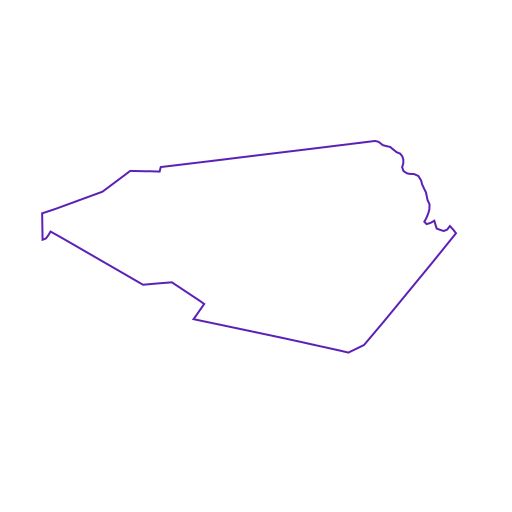 Cabeceiras do Piauí, Piauí, Brazil, rotated 341°
{"feature_id": "56859067B86775361644795", "entity_name": "Cabeceiras do Piauí", "entity_type": "district", "adm_level": 2, "iso_a3": "BRA", "parent_name": "Brazil", "parent_adm1": "Piauí", "projection": "natural_earth1", "projection_center": [-42.282, -4.443], "detail": "fine", "context": "isolated", "style": "outline", "palette": "violet", "viewbox_px": 512, "rotation_deg": 341, "n_neighbors": 0, "source": "geoboundaries", "source_scale": "gbopen_adm2", "svg_char_len": 998}
<svg xmlns="http://www.w3.org/2000/svg" viewBox="0 0 512 512"><g transform="rotate(341 256 256)"><path d="M67.7,146.0L59.5,171.1L63.1,171.0L66.5,168.7L69.7,166.0L76.8,173.9L139.8,246.4L152.8,249.6L167.9,253.5L188.4,280.3L191.4,284.5L176.4,295.4L256.4,343.3L305.9,373.6L311.9,377.4L329.2,375.3L355.5,359.6L421.4,319.1L452.5,299.6L451.1,295.4L449.1,290.8L445.3,293.3L441.7,293.5L439.1,291.6L435.8,288.9L435.9,284.4L436.1,280.7L431.9,281.5L427.7,281.4L426.3,278.4L428.9,276.1L432.3,272.4L435.2,268.2L436.9,263.5L436.4,259.2L436.8,255.9L437.4,251.3L436.8,246.6L436.4,242.5L436.7,238.2L435.5,233.1L432.0,229.9L428.2,228.5L425.6,226.9L423.1,223.7L423.1,219.6L425.5,216.2L426.7,212.8L426.8,209.4L425.6,206.1L422.9,203.8L420.2,199.6L418.4,196.6L415.5,194.8L412.0,192.5L409.1,188.0L406.1,186.0L341.1,172.2L300.5,163.5L270.5,157.1L265.7,156.1L214.8,145.2L194.9,140.9L192.3,144.8L182.7,141.1L179.9,140.2L164.8,134.6L131.8,145.2L80.3,146.2L67.7,146.0Z" fill="none" stroke="#5b21b6" stroke-width="2"/></g></svg>